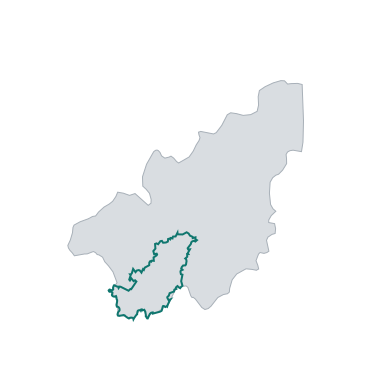 Belgium, with Liege highlighted, rotated 114°
{"feature_id": "BEL-3481", "entity_name": "Liege", "entity_type": "Province", "adm_level": 1, "iso_a3": "BEL", "parent_name": "Belgium", "parent_adm1": "", "projection": "natural_earth1", "projection_center": [5.813, 50.464], "detail": "fine", "context": "in_parent", "style": "outline", "palette": "teal", "viewbox_px": 384, "rotation_deg": 114, "n_neighbors": 0, "source": "natural_earth", "source_scale": "10m", "svg_char_len": 4732}
<svg xmlns="http://www.w3.org/2000/svg" viewBox="0 0 384 384"><g transform="rotate(114 192 192)"><path d="M175.5,107.6L181.3,110.0L186.4,110.5L188.7,109.5L187.3,103.7L191.5,100.7L196.1,99.2L198.2,101.7L202.4,104.3L205.8,104.3L214.8,97.7L216.9,99.0L218.8,101.3L219.2,103.2L219.6,105.2L221.6,106.0L228.7,105.6L232.3,102.0L235.2,99.8L237.3,101.3L238.3,105.7L240.2,111.4L248.7,117.8L255.9,119.6L264.7,118.4L268.2,117.2L270.5,118.2L272.9,121.6L277.9,125.5L288.6,128.2L291.9,129.8L294.1,132.4L293.5,136.1L288.4,145.4L287.7,148.1L288.4,149.0L287.4,150.8L280.8,157.0L280.2,159.2L282.4,162.8L284.2,165.7L288.2,167.2L291.9,167.6L299.0,167.8L306.5,168.0L307.4,169.8L315.9,174.8L318.5,178.8L324.6,182.7L319.6,187.6L320.3,189.7L322.1,192.0L329.0,193.3L332.4,196.5L332.6,201.4L334.2,209.4L320.1,217.4L316.1,226.3L315.7,228.0L315.3,227.7L313.7,224.8L311.1,224.8L305.3,223.6L297.1,231.7L293.4,238.3L291.2,243.3L287.9,247.2L287.3,251.4L287.7,253.2L286.6,255.5L286.5,257.9L291.2,262.6L292.4,265.1L298.1,273.5L296.3,276.6L294.9,279.9L293.3,282.2L291.3,283.7L285.4,283.6L277.9,284.6L272.8,286.3L270.2,286.3L264.7,282.1L258.7,275.9L254.8,272.9L253.1,270.3L248.3,269.2L241.5,266.2L236.8,262.8L232.8,260.7L227.1,259.7L222.4,259.8L221.0,254.2L220.5,247.7L216.6,243.4L222.0,226.6L218.9,224.9L215.4,226.3L210.5,230.3L208.1,235.1L206.7,239.3L198.3,243.4L185.1,244.8L170.8,243.4L168.8,242.3L167.9,241.0L167.9,239.6L168.9,237.3L171.4,234.5L172.1,230.6L169.5,227.2L167.8,225.8L168.5,222.5L170.5,218.4L170.9,216.0L161.2,208.9L154.2,207.5L147.3,207.3L142.1,206.5L139.1,206.8L136.9,208.9L134.7,210.4L133.1,208.6L130.2,195.9L127.9,194.0L119.1,191.9L107.1,191.2L103.9,188.9L102.3,183.2L101.2,176.4L97.4,169.8L95.4,168.2L91.8,165.3L85.6,166.5L78.0,170.3L73.6,171.3L71.9,171.7L66.0,168.0L59.3,162.2L54.1,156.1L52.8,152.7L54.5,148.6L52.6,145.4L49.8,139.6L49.0,135.1L81.6,119.1L101.3,110.9L110.6,108.4L112.7,116.7L114.4,119.3L116.6,121.0L119.5,121.3L122.9,119.3L127.6,117.1L135.1,118.1L140.5,120.1L142.5,122.2L146.1,124.1L151.3,124.6L161.6,120.8L171.5,115.1L174.4,111.2L175.5,107.6Z" fill="#d9dde1" stroke="#a8b0b8" stroke-width="1"/><path d="M309.9,225.4L309.1,225.3L308.8,225.2L308.9,222.2L308.5,221.0L309.6,220.0L307.9,219.7L307.6,218.7L308.0,209.8L305.6,208.8L305.5,208.0L296.4,206.4L295.8,208.1L297.2,209.1L295.5,212.4L298.1,212.7L297.6,213.7L292.9,214.2L292.4,215.1L291.9,214.2L290.7,213.9L286.2,214.5L288.2,211.0L286.2,210.5L285.0,208.9L284.9,207.8L286.2,205.4L282.4,205.4L282.8,204.3L280.3,204.4L276.3,201.3L273.8,202.3L272.5,202.2L272.1,201.9L272.3,201.0L271.1,200.8L270.4,198.9L267.4,200.5L264.2,198.5L263.2,198.5L262.7,199.2L264.2,201.3L261.7,203.3L258.6,202.4L254.5,204.6L253.4,203.5L253.5,201.7L249.8,200.9L248.9,199.6L250.1,197.8L248.7,195.2L247.1,193.9L244.6,194.7L243.8,193.6L244.1,192.8L242.7,192.9L242.2,191.4L243.2,190.6L241.4,191.3L240.4,191.2L239.3,188.9L235.1,188.7L236.5,187.9L234.6,183.3L231.0,180.5L231.3,178.2L232.7,176.1L232.7,173.2L233.8,172.6L232.0,170.4L233.8,169.6L234.0,167.9L235.9,168.8L235.8,170.4L237.0,171.7L238.2,172.2L240.1,171.9L245.1,173.1L246.0,172.2L245.2,170.6L249.6,171.0L250.2,170.1L250.7,171.2L253.1,170.0L255.5,171.1L255.8,170.0L257.3,168.9L260.7,168.0L261.8,168.3L262.7,170.2L264.7,170.8L266.3,170.7L266.9,169.0L268.4,170.3L269.6,170.1L271.6,168.7L271.4,167.1L277.9,165.6L281.5,162.6L282.0,162.8L283.6,163.5L284.7,163.7L284.6,164.9L283.8,167.0L285.2,167.7L286.0,167.8L286.8,167.7L287.1,167.2L287.3,167.5L288.4,168.4L290.3,168.0L293.5,171.3L296.1,171.0L297.9,171.8L298.6,171.6L300.3,169.4L298.9,168.0L299.7,168.2L305.1,168.3L306.6,168.1L306.5,168.3L306.4,168.4L306.5,168.6L306.6,168.8L307.8,169.3L307.8,170.2L307.6,171.2L307.9,172.0L308.8,172.1L311.8,171.5L313.0,171.5L314.5,172.7L319.0,178.3L318.0,178.9L318.9,180.2L320.4,180.9L325.5,181.0L325.7,181.5L325.2,182.4L324.4,183.2L324.4,183.6L322.7,184.4L320.3,186.0L319.0,187.7L320.2,189.0L319.6,189.7L319.7,190.2L320.3,190.4L321.2,190.4L320.6,191.2L321.2,191.7L321.9,192.8L322.5,193.2L323.2,193.2L325.7,192.6L325.9,192.4L326.1,192.4L326.4,192.6L327.5,193.0L330.8,193.6L332.1,193.7L331.3,194.3L331.1,195.1L331.3,196.0L331.7,196.9L332.4,197.8L332.9,197.9L333.2,198.2L333.1,199.8L332.6,202.0L332.1,203.3L332.2,204.4L334.8,208.1L334.9,208.7L335.0,209.5L334.0,210.3L332.1,210.6L331.0,210.4L330.2,210.1L329.4,210.1L328.4,210.6L327.6,211.3L327.1,212.2L327.0,213.2L327.3,214.0L325.9,215.1L322.7,215.8L321.2,216.4L320.5,217.3L318.8,218.3L318.0,219.1L319.0,220.0L319.4,221.1L319.4,222.2L318.9,223.1L318.4,223.4L316.9,223.5L316.2,223.8L316.1,224.1L315.9,225.2L315.7,225.7L316.4,226.2L316.7,226.8L316.5,227.4L315.8,228.1L314.7,227.7L314.5,226.9L314.6,226.0L314.3,225.1L313.3,224.4L312.8,224.4L312.3,224.8L311.6,225.2L309.9,225.4Z" fill="none" stroke="#0f766e" stroke-width="2"/></g></svg>